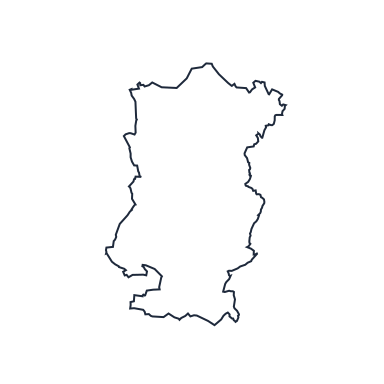 Newbridge Lea-6, Kildare, Ireland (Mercator projection), rotated 33°
{"feature_id": "5873133B31018509161138", "entity_name": "Newbridge Lea-6", "entity_type": "district", "adm_level": 2, "iso_a3": "IRL", "parent_name": "Ireland", "parent_adm1": "Kildare", "projection": "mercator", "projection_center": [-6.718, 53.161], "detail": "fine", "context": "isolated", "style": "outline", "palette": "slate", "viewbox_px": 384, "rotation_deg": 33, "n_neighbors": 0, "source": "geoboundaries", "source_scale": "gbopen_adm2", "svg_char_len": 3692}
<svg xmlns="http://www.w3.org/2000/svg" viewBox="0 0 384 384"><g transform="rotate(33 192 192)"><path d="M133.4,78.0L132.5,81.7L124.6,88.7L125.7,99.6L122.5,113.1L109.5,120.7L99.0,121.8L97.7,125.9L94.8,129.3L92.9,128.6L90.5,130.6L89.2,128.9L88.4,128.8L87.7,131.6L91.2,134.2L85.6,139.2L85.2,138.6L84.1,140.2L87.0,142.0L88.9,144.0L92.8,145.5L95.4,147.1L105.0,160.6L106.3,161.4L106.1,162.0L108.5,167.4L112.4,172.9L112.5,175.1L108.5,176.1L107.2,176.9L104.9,179.8L104.4,182.2L115.6,188.4L115.6,189.4L119.6,193.2L121.6,196.3L125.1,199.2L129.0,201.2L131.6,199.7L135.8,204.1L136.9,204.5L139.4,207.2L141.2,207.0L136.3,209.8L137.1,211.9L136.5,212.2L136.5,213.1L137.2,215.1L136.1,221.7L137.4,221.9L138.6,222.6L141.7,225.6L142.8,226.0L145.4,230.4L151.4,233.3L151.0,233.7L150.8,236.1L150.8,239.7L151.3,239.8L150.6,242.3L150.6,246.6L148.8,258.1L151.4,269.4L152.9,270.9L153.4,273.8L153.1,275.8L155.6,281.1L150.5,285.2L151.5,287.6L153.0,289.0L153.4,290.2L153.6,289.8L162.8,294.1L167.0,294.5L171.1,294.2L171.6,294.7L177.0,293.3L179.1,293.6L177.7,296.4L181.0,298.6L182.3,297.1L185.2,298.1L187.3,293.9L196.1,287.9L199.0,286.8L197.5,283.1L194.5,282.4L192.3,281.2L190.8,281.3L190.3,280.0L193.2,278.6L202.6,276.9L212.7,279.1L212.8,280.5L216.3,289.7L217.9,291.3L212.6,295.1L207.8,299.3L209.0,304.2L208.7,304.6L207.1,304.6L206.9,305.8L207.3,306.4L199.8,309.9L202.8,315.3L200.4,317.8L202.1,320.2L203.6,323.4L206.7,321.0L215.2,317.4L217.4,318.1L219.5,320.0L222.3,317.9L225.0,318.3L226.6,317.9L236.3,312.4L238.5,306.7L245.5,306.7L249.9,305.5L251.1,306.0L251.6,303.5L253.9,299.6L254.8,296.1L258.4,297.2L260.8,294.3L263.3,293.0L275.6,291.4L283.4,291.4L285.9,283.0L285.8,278.7L286.5,275.8L287.7,273.6L290.2,274.2L291.2,275.9L294.5,276.3L295.4,275.7L296.9,276.8L298.4,276.8L299.2,277.2L299.9,275.6L299.4,272.7L299.1,271.7L298.0,270.8L298.3,269.6L298.0,269.0L294.5,267.1L291.0,266.4L289.5,265.3L286.5,258.6L283.2,255.8L281.6,253.0L280.3,253.0L278.6,254.1L276.9,254.6L274.0,258.0L272.4,258.6L269.9,251.0L269.8,248.9L270.6,244.8L270.0,241.2L269.5,241.9L268.3,241.6L267.1,240.3L265.2,239.1L265.9,237.9L268.3,236.5L271.9,231.2L273.0,228.2L276.3,224.0L277.2,221.0L279.3,217.8L279.0,216.2L280.2,208.5L279.9,208.3L279.0,210.0L277.8,210.9L275.9,207.6L272.3,207.4L268.2,208.2L269.0,206.8L269.2,203.7L267.9,203.4L266.9,202.1L265.1,198.6L264.9,196.7L263.3,195.3L263.1,193.6L262.0,190.6L261.1,184.4L261.9,181.6L261.9,178.8L261.0,175.3L260.1,175.4L260.7,172.6L260.4,171.0L259.4,169.2L259.3,167.0L258.7,165.4L258.7,162.1L258.1,160.9L256.4,159.0L254.0,158.6L252.8,158.8L250.9,157.1L249.2,157.4L247.5,158.7L246.7,158.4L244.5,156.0L242.7,157.7L240.9,156.4L239.5,156.3L236.5,157.0L235.9,156.7L233.8,157.4L233.2,157.1L232.3,156.2L233.6,152.9L233.5,149.6L232.6,146.3L231.3,146.0L231.2,146.5L230.8,146.3L230.4,144.7L229.6,144.5L227.9,142.4L228.2,141.3L227.8,140.1L225.0,138.0L224.2,136.4L222.9,136.5L219.7,133.6L216.1,132.3L215.0,130.9L214.0,124.5L218.9,120.2L218.2,118.1L219.5,116.6L220.0,113.5L217.8,110.8L215.0,109.5L216.0,106.8L215.8,106.6L217.5,106.8L219.1,107.9L221.1,108.4L221.4,108.2L219.1,100.8L218.9,97.5L217.8,96.3L219.8,94.4L219.5,93.4L221.8,92.9L222.9,92.2L223.5,90.3L222.3,86.8L220.2,83.5L220.1,82.3L220.7,81.5L225.8,78.2L225.0,77.6L223.9,74.9L224.4,71.8L223.0,69.2L223.3,68.1L220.8,68.9L220.4,70.7L217.9,70.5L215.9,68.1L214.7,67.5L214.2,66.6L214.9,61.8L214.6,61.2L211.9,61.5L209.8,61.1L203.3,62.3L203.5,68.1L203.0,68.2L195.3,63.4L193.2,60.6L190.7,61.5L190.5,63.1L188.4,62.8L184.7,64.2L183.9,67.0L188.0,69.9L186.5,73.2L186.3,76.8L185.7,77.5L180.8,75.4L172.5,80.0L171.1,79.7L168.7,78.2L167.6,81.3L166.8,81.3L162.9,80.9L150.5,78.6L141.1,75.4L138.7,73.7L133.9,76.4L133.4,78.0Z" fill="none" stroke="#1e293b" stroke-width="2"/></g></svg>